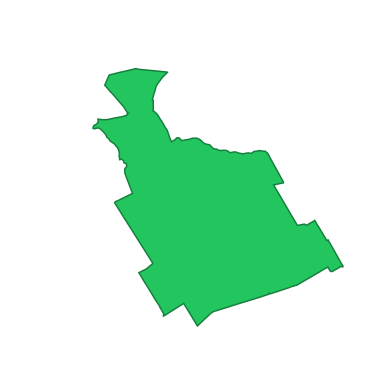 outline of Mereni, Constanta, Romania, rotated 58°
{"feature_id": "2599482B33933506260417", "entity_name": "Mereni", "entity_type": "district", "adm_level": 2, "iso_a3": "ROU", "parent_name": "Romania", "parent_adm1": "Constanta", "projection": "robinson", "projection_center": [28.322, 44.014], "detail": "fine", "context": "isolated", "style": "filled", "palette": "green", "viewbox_px": 384, "rotation_deg": 58, "n_neighbors": 0, "source": "geoboundaries", "source_scale": "gbopen_adm2", "svg_char_len": 5381}
<svg xmlns="http://www.w3.org/2000/svg" viewBox="0 0 384 384"><g transform="rotate(58 192 192)"><path d="M49.0,200.3L49.1,200.5L50.7,202.9L52.2,205.1L53.9,207.5L54.4,208.3L55.2,209.4L57.0,209.1L60.8,208.5L63.0,208.2L65.8,207.6L68.6,207.1L74.5,206.2L75.5,206.1L82.4,205.0L83.5,204.8L85.3,204.8L87.0,204.8L88.6,204.8L90.5,204.7L91.0,204.7L91.3,204.4L91.2,205.2L91.3,205.5L91.6,205.9L92.5,206.6L92.4,206.9L91.7,209.1L91.0,211.6L89.9,214.3L88.4,218.1L87.8,219.7L87.2,221.4L86.0,224.7L85.6,225.5L84.7,227.3L83.8,228.8L83.2,229.6L82.7,230.3L81.0,232.3L80.3,233.1L80.5,233.3L81.6,233.8L82.8,234.3L83.1,234.4L83.1,234.9L83.4,235.6L83.6,236.2L83.8,237.1L83.8,237.6L83.8,238.5L83.6,239.1L83.6,239.6L83.7,240.0L84.0,240.7L84.7,241.4L85.0,241.8L85.4,242.2L86.2,241.6L86.9,241.0L87.2,239.6L87.8,238.0L88.1,237.4L89.7,236.5L90.4,236.2L92.4,235.7L95.2,235.1L96.0,235.0L97.1,234.8L98.3,234.7L99.1,234.8L100.1,235.1L100.9,235.0L102.4,234.4L104.9,234.4L105.3,234.4L106.8,233.8L109.0,232.8L110.8,232.2L111.3,232.1L112.3,232.2L113.6,231.9L114.0,231.8L114.7,231.5L115.7,231.8L116.7,231.9L118.2,232.1L119.2,232.6L120.9,233.2L121.7,233.7L122.4,234.4L122.9,234.8L124.1,235.2L125.6,236.0L126.4,236.1L126.5,234.6L127.5,234.2L129.0,233.5L130.2,233.8L131.4,234.2L132.4,233.2L133.3,232.8L134.2,233.0L135.2,233.5L135.8,234.3L136.2,235.0L136.4,236.0L136.7,236.6L137.0,237.0L140.6,239.0L143.6,239.6L147.5,240.4L161.6,243.2L160.7,252.9L159.9,260.4L159.6,261.8L159.6,262.1L159.8,262.7L160.0,263.1L160.2,263.3L160.3,263.4L160.8,263.3L161.9,263.3L163.7,263.3L176.5,263.3L189.2,263.2L189.7,263.2L231.8,263.0L231.9,263.3L233.0,271.5L232.3,279.8L240.3,279.9L240.4,280.0L243.4,280.0L245.8,280.0L248.9,280.0L252.0,280.0L254.5,280.0L259.4,280.1L261.7,280.2L264.7,280.2L267.1,280.1L269.4,280.0L272.2,280.0L272.4,280.3L280.4,280.5L280.8,281.0L282.0,282.0L282.2,281.7L282.1,261.6L282.2,261.0L282.1,258.9L282.1,258.1L291.8,258.2L294.1,258.2L300.0,258.3L308.5,258.4L307.1,251.8L306.8,250.1L305.6,244.0L304.9,240.5L304.7,238.5L305.1,235.8L305.2,235.3L305.4,234.7L305.5,234.6L305.8,233.5L306.4,231.2L307.8,225.7L308.7,222.4L310.0,217.1L310.9,213.7L311.7,210.7L312.9,206.1L314.6,199.9L314.8,199.2L315.3,197.3L316.1,194.1L316.7,192.0L317.6,188.5L318.4,185.0L319.4,181.2L318.5,180.4L319.8,179.7L321.0,174.9L321.8,172.0L321.7,171.9L321.8,171.6L323.0,166.8L323.8,163.4L324.6,160.2L324.6,159.5L325.4,156.4L326.6,152.0L326.8,144.3L326.8,144.1L327.1,135.0L327.2,130.5L327.4,125.5L327.3,125.1L327.6,116.6L331.2,116.7L331.7,116.7L332.1,116.7L332.5,116.6L332.9,116.4L333.3,116.0L333.4,115.8L333.6,115.3L333.8,114.8L334.1,105.3L334.2,104.7L334.4,104.1L334.5,103.8L334.8,103.4L334.9,103.5L334.9,103.4L335.0,103.4L334.9,103.3L325.1,102.9L314.9,102.4L304.7,102.0L304.6,103.4L303.7,103.4L302.9,103.4L301.8,103.3L301.1,103.3L300.2,103.3L298.9,103.3L298.0,103.3L297.0,103.2L295.6,103.2L294.8,103.2L293.8,103.2L292.7,103.2L291.8,103.1L290.8,103.1L290.0,103.1L289.3,103.1L287.6,103.1L286.7,103.1L285.3,103.1L283.9,103.1L282.7,103.0L281.8,103.0L281.1,103.0L281.2,103.9L281.2,104.4L281.2,105.0L281.1,105.7L281.1,106.4L281.1,107.4L281.0,108.1L281.0,108.9L281.0,109.7L281.0,110.1L281.0,110.7L280.9,111.3L280.9,112.0L280.9,112.3L280.3,112.8L279.0,113.6L278.6,114.1L277.5,117.0L276.2,120.3L266.5,120.1L248.6,119.6L231.3,119.1L229.6,119.0L229.3,119.0L232.8,109.2L232.8,109.3L232.1,109.2L214.2,108.2L205.2,107.7L200.8,107.4L199.1,107.3L198.5,107.6L196.9,108.1L196.1,108.3L195.9,108.8L195.4,109.6L195.2,110.0L194.9,110.3L193.7,111.6L192.4,113.0L192.2,114.1L191.4,116.0L190.7,117.4L190.6,117.9L190.5,118.6L190.5,119.2L190.6,119.8L190.6,120.6L190.6,121.2L190.3,121.7L188.6,123.6L187.6,126.0L187.2,127.2L186.4,128.7L186.1,129.1L185.5,129.9L185.0,130.3L184.5,130.9L184.0,131.5L183.4,132.0L182.7,132.5L181.9,133.1L181.4,133.5L180.9,134.2L180.4,135.1L179.6,136.8L179.2,137.9L179.1,138.3L178.8,138.8L178.3,139.2L176.6,139.8L174.6,141.2L174.2,141.7L172.5,144.7L171.4,146.5L170.8,147.2L169.6,147.9L169.0,148.1L168.8,148.3L168.4,148.9L167.9,149.5L167.3,150.1L166.7,150.7L166.2,150.9L165.8,151.0L165.4,151.2L164.4,151.5L162.6,151.6L162.0,151.8L161.0,152.4L160.5,152.9L158.9,154.6L158.2,155.2L157.5,155.7L157.0,156.0L156.2,156.3L155.8,156.5L155.7,156.5L154.3,156.8L153.5,156.9L151.9,157.4L151.3,157.7L150.7,158.1L150.2,158.6L149.7,158.9L149.0,159.3L148.7,159.6L148.5,159.9L148.3,160.4L148.0,160.9L147.5,161.7L147.0,162.6L146.9,162.6L146.3,164.2L146.1,165.3L145.8,166.4L143.1,173.1L142.6,173.6L141.6,173.9L140.3,173.9L139.6,174.1L138.8,174.9L138.2,175.6L138.1,176.2L138.1,176.6L138.2,177.0L138.3,177.4L138.4,177.7L138.6,178.0L138.7,178.3L138.7,178.8L138.6,179.7L138.5,182.8L135.7,182.4L132.3,181.7L129.8,181.1L127.3,180.4L126.6,180.3L126.2,180.3L124.9,180.3L123.8,180.4L123.3,180.5L123.1,180.5L120.1,180.3L117.5,180.2L115.0,180.2L114.5,180.3L114.2,180.3L109.8,180.3L107.6,180.3L102.4,181.7L102.4,181.8L99.6,180.0L95.3,177.3L93.8,176.2L93.1,176.8L92.9,176.9L89.7,173.5L89.1,172.8L88.2,171.8L87.0,170.3L85.5,168.7L84.1,167.2L83.6,166.6L82.8,165.3L82.3,164.5L81.8,163.3L81.3,161.8L80.7,160.4L80.0,158.6L79.3,156.8L79.2,156.4L78.7,154.6L78.3,152.9L77.5,149.3L77.4,149.3L76.5,150.4L75.8,151.2L73.6,154.1L68.7,160.4L65.4,164.7L62.2,168.9L61.1,170.4L60.3,171.3L60.1,171.6L59.2,172.7L58.8,173.1L58.4,173.4L57.8,174.1L57.7,174.2L57.5,174.7L57.3,175.2L55.2,181.4L53.8,185.4L51.8,191.2L50.5,195.3L49.1,199.4L49.0,200.3Z" fill="#22c55e" stroke="#15803d" stroke-width="1.5"/></g></svg>